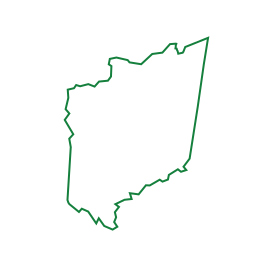 the district of Macon, North Carolina, United States of America, rotated 280°
{"feature_id": "52423323B76161354561754", "entity_name": "Macon", "entity_type": "district", "adm_level": 2, "iso_a3": "USA", "parent_name": "United States of America", "parent_adm1": "North Carolina", "projection": "robinson", "projection_center": [-83.41, 35.162], "detail": "fine", "context": "isolated", "style": "outline", "palette": "green", "viewbox_px": 256, "rotation_deg": 280, "n_neighbors": 0, "source": "geoboundaries", "source_scale": "gbopen_adm2", "svg_char_len": 1034}
<svg xmlns="http://www.w3.org/2000/svg" viewBox="0 0 256 256"><g transform="rotate(280 128 128)"><path d="M44.2,82.2L42.9,83.4L36.8,94.3L40.5,96.5L38.8,103.3L28.5,113.3L34.0,114.9L27.4,121.6L25.3,130.5L28.9,134.6L33.0,130.7L38.0,131.8L42.8,129.7L48.7,132.8L50.8,128.8L56.7,137.0L58.7,143.9L64.1,141.2L64.5,150.0L74.7,155.6L75.2,159.4L82.6,168.2L81.2,171.3L84.2,176.3L88.9,176.4L96.0,184.3L94.1,187.8L96.7,192.7L99.5,189.4L108.5,194.0L160.8,193.0L204.0,191.6L230.7,191.2L217.7,170.3L212.7,169.3L212.3,169.1L212.0,168.8L211.8,168.7L211.6,168.7L209.9,164.6L212.4,163.5L212.9,163.0L214.6,162.1L214.6,160.9L216.3,160.9L217.6,160.7L219.3,161.0L219.4,160.6L217.9,154.8L208.2,148.8L205.1,139.0L193.1,129.9L192.9,118.1L194.8,115.9L195.4,104.4L192.9,98.1L187.4,98.0L186.1,100.9L175.7,102.3L171.1,100.0L168.7,91.4L163.0,87.9L164.3,81.3L160.8,73.6L161.3,69.5L157.8,67.9L155.3,62.0L147.3,64.0L135.7,63.3L132.1,67.7L125.0,64.3L112.3,75.2L107.3,72.0L99.1,75.0L98.7,75.0L46.6,80.9L44.2,82.2Z" fill="none" stroke="#15803d" stroke-width="2"/></g></svg>